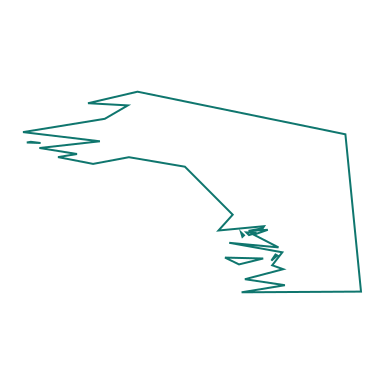 an SVG outline of Qaasuitsup Kommunia
{"feature_id": "GRL-2743", "entity_name": "Qaasuitsup Kommunia", "entity_type": "state/province", "adm_level": 1, "iso_a3": "GRL", "parent_name": "Greenland", "parent_adm1": "", "projection": "natural_earth1", "projection_center": [-56.716, 74.362], "detail": "coarse", "context": "isolated", "style": "outline", "palette": "teal", "viewbox_px": 384, "rotation_deg": 0, "n_neighbors": 0, "source": "natural_earth", "source_scale": "10m", "svg_char_len": 719}
<svg xmlns="http://www.w3.org/2000/svg" viewBox="0 0 384 384"><path d="M77.0,154.0L39.4,148.0L99.9,141.3L23.0,132.1L104.8,118.8L127.8,105.4L88.0,103.2L137.5,91.7L345.4,134.3L361.0,291.6L241.6,292.3L284.9,285.2L244.9,279.2L283.2,269.2L272.2,265.3L282.3,252.3L229.2,242.8L278.5,247.4L253.8,234.7L267.8,229.8L248.5,230.9L262.8,228.2L264.1,226.2L218.5,230.5L232.7,214.7L184.9,166.7L128.9,157.2L93.1,163.9L58.0,157.1L77.0,154.0ZM263.2,258.5L239.0,264.4L225.0,257.6L263.2,258.5ZM271.4,260.6L275.5,254.5L277.3,255.5L271.4,260.6ZM256.5,232.8L249.0,235.1L246.3,232.4L256.5,232.8ZM242.4,236.8L241.1,232.5L244.0,235.3L242.4,236.8ZM30.8,141.8L40.6,143.0L26.8,142.5L30.8,141.8Z" fill="none" stroke="#0f766e" stroke-width="2"/></svg>